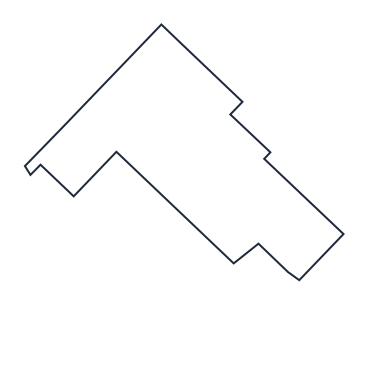 the district of Auglaize, Ohio, United States of America, rotated 44°
{"feature_id": "52423323B61073346070608", "entity_name": "Auglaize", "entity_type": "district", "adm_level": 2, "iso_a3": "USA", "parent_name": "United States of America", "parent_adm1": "Ohio", "projection": "natural_earth1", "projection_center": [-84.249, 40.52], "detail": "fine", "context": "isolated", "style": "outline", "palette": "slate", "viewbox_px": 384, "rotation_deg": 44, "n_neighbors": 0, "source": "geoboundaries", "source_scale": "gbopen_adm2", "svg_char_len": 393}
<svg xmlns="http://www.w3.org/2000/svg" viewBox="0 0 384 384"><g transform="rotate(44 192 192)"><path d="M63.9,291.9L64.1,277.6L109.9,277.3L109.7,215.6L271.6,214.4L275.7,183.0L316.7,182.9L330.4,180.9L330.2,117.0L220.9,118.0L220.8,109.0L165.7,109.6L165.7,92.1L82.1,92.7L53.6,92.8L53.8,163.3L53.8,172.1L54.0,233.5L53.8,289.4L63.9,291.9Z" fill="none" stroke="#1e293b" stroke-width="2"/></g></svg>